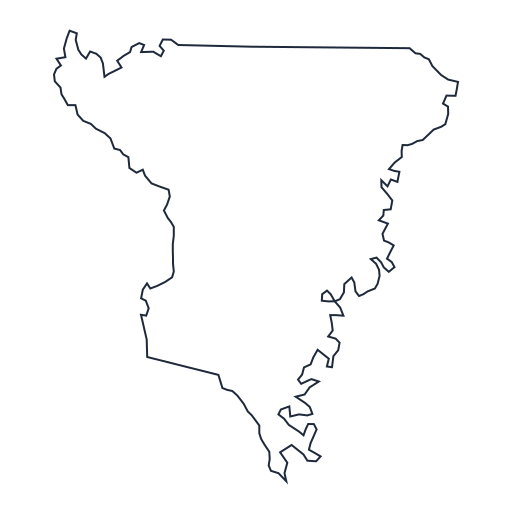 outline of Espigão Alto do Iguaçu, Paraná, Brazil
{"feature_id": "56859067B3703545459584", "entity_name": "Espigão Alto do Iguaçu", "entity_type": "district", "adm_level": 2, "iso_a3": "BRA", "parent_name": "Brazil", "parent_adm1": "Paraná", "projection": "natural_earth1", "projection_center": [-52.784, -25.384], "detail": "fine", "context": "isolated", "style": "outline", "palette": "slate", "viewbox_px": 512, "rotation_deg": 0, "n_neighbors": 0, "source": "geoboundaries", "source_scale": "gbopen_adm2", "svg_char_len": 2859}
<svg xmlns="http://www.w3.org/2000/svg" viewBox="0 0 512 512"><path d="M178.3,45.0L171.0,39.7L162.8,39.5L159.6,45.9L163.8,50.7L160.9,56.2L153.2,51.7L141.1,52.1L144.1,45.0L139.2,43.1L131.6,47.0L130.0,52.1L123.9,55.7L117.2,60.7L121.5,67.5L108.6,73.9L104.5,76.8L102.9,63.4L100.6,57.5L96.4,53.8L90.1,51.5L86.0,58.6L81.4,54.5L78.3,49.7L75.7,39.9L76.8,33.3L69.6,30.7L66.7,38.4L63.9,48.6L65.4,57.2L56.5,58.7L60.9,65.5L56.4,68.8L54.0,74.5L54.8,81.3L60.5,87.6L61.5,94.3L64.2,98.6L67.8,105.1L75.4,105.1L77.6,114.6L83.3,120.9L90.9,123.9L95.9,128.7L104.8,133.2L110.5,138.5L114.3,148.6L120.0,150.0L123.2,154.3L128.4,157.2L129.4,168.0L136.5,172.7L142.8,169.7L145.0,175.6L151.5,183.4L159.2,186.4L168.6,189.7L169.8,196.5L167.1,204.5L163.9,210.5L167.8,218.0L171.0,222.1L173.8,226.9L173.8,235.7L172.8,243.9L172.8,251.3L173.0,258.1L173.0,263.8L173.8,271.5L172.1,277.3L165.1,282.0L157.2,285.9L150.3,288.5L147.0,283.4L142.8,289.7L141.1,298.3L145.8,300.7L148.7,308.3L146.2,315.6L141.0,314.8L146.7,339.5L147.2,357.0L218.4,374.9L222.4,388.0L226.9,389.8L232.3,391.0L237.3,395.5L240.5,399.6L243.7,403.8L247.8,411.5L251.6,415.1L259.3,425.5L259.3,433.2L261.1,438.9L264.3,444.3L269.3,451.8L269.7,459.1L268.7,465.4L270.9,470.8L278.5,473.2L286.3,481.3L284.5,473.2L287.3,462.7L280.1,452.3L291.6,445.0L303.5,454.5L307.4,460.7L316.1,461.3L320.6,456.4L314.1,452.6L308.9,449.7L310.6,443.1L316.6,429.4L313.9,424.1L308.2,424.0L305.7,429.2L303.5,435.3L299.2,431.7L288.8,424.9L284.1,418.7L278.4,414.4L280.9,409.5L289.3,406.4L290.3,416.5L299.0,414.4L307.3,415.4L312.4,413.9L309.8,407.0L305.2,403.0L295.7,396.7L304.6,394.5L309.6,387.4L318.8,381.5L311.3,379.1L301.2,383.8L298.0,379.6L302.1,374.6L304.0,367.4L310.6,364.4L313.3,357.4L317.6,349.8L328.8,358.7L326.9,366.5L332.0,367.2L333.4,356.2L338.2,350.2L339.6,342.7L335.6,338.6L328.2,336.5L332.7,330.5L331.7,322.5L330.2,315.1L335.6,315.1L343.4,315.7L340.2,307.6L334.7,301.3L339.9,299.2L343.9,292.4L344.3,284.1L351.6,277.5L354.3,282.5L355.5,291.4L359.0,296.0L363.4,294.2L367.6,291.4L374.9,288.5L377.6,283.8L379.6,275.8L379.0,269.7L376.1,263.8L370.8,259.1L376.5,257.6L381.1,262.3L383.8,267.4L388.8,271.8L394.5,267.1L391.7,262.0L387.0,258.7L390.2,252.2L393.7,245.4L388.7,242.4L384.0,240.6L382.5,233.8L387.9,223.6L378.8,220.3L383.3,215.6L383.8,210.0L390.7,209.3L392.3,200.5L387.4,194.1L381.5,187.2L381.3,180.2L387.5,186.3L390.9,179.5L397.4,181.9L399.4,171.8L394.2,170.9L389.0,169.1L394.7,162.5L401.8,157.0L401.6,150.9L402.6,145.0L407.6,145.2L412.1,143.9L417.2,141.1L422.7,140.0L427.9,135.1L433.6,129.6L441.1,126.8L445.3,124.2L448.2,114.0L448.0,106.6L443.0,103.6L446.5,95.6L455.5,95.8L456.7,89.7L458.0,81.9L448.2,79.6L441.1,75.0L432.4,66.1L428.9,59.3L424.3,57.4L420.2,53.9L415.5,53.3L409.6,48.2L251.1,46.7L178.3,45.0ZM334.7,301.3L328.2,301.4L321.8,300.7L322.2,294.2L327.0,290.6L330.7,294.2L334.7,301.3Z" fill="none" stroke="#1e293b" stroke-width="2"/></svg>